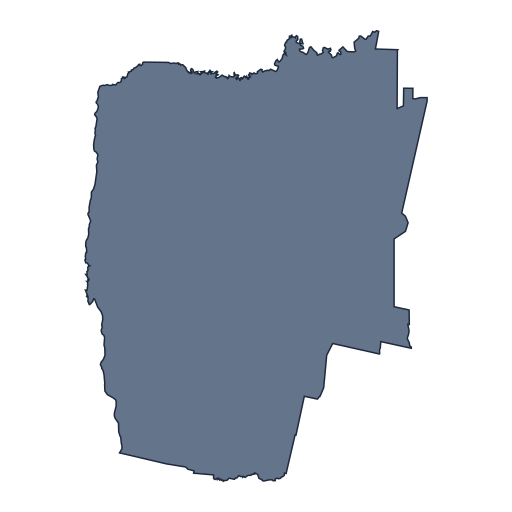 outline of Calamuchita, Córdoba, Argentina
{"feature_id": "61730980B46916447207534", "entity_name": "Calamuchita", "entity_type": "district", "adm_level": 2, "iso_a3": "ARG", "parent_name": "Argentina", "parent_adm1": "Córdoba", "projection": "orthographic", "projection_center": [-64.638, -32.22], "detail": "fine", "context": "isolated", "style": "filled", "palette": "slate", "viewbox_px": 512, "rotation_deg": 0, "n_neighbors": 0, "source": "geoboundaries", "source_scale": "gbopen_adm2", "svg_char_len": 5759}
<svg xmlns="http://www.w3.org/2000/svg" viewBox="0 0 512 512"><path d="M119.5,452.9L166.5,463.9L185.7,467.0L187.9,469.2L194.1,470.9L193.6,473.2L213.5,474.9L213.6,478.5L214.9,479.5L216.7,478.4L217.2,479.7L217.7,479.6L218.8,478.1L219.6,480.0L221.1,479.3L221.4,480.4L222.9,480.1L223.3,481.3L224.7,480.5L227.0,480.3L229.1,478.2L234.5,479.3L235.6,478.0L236.8,478.0L238.8,475.6L240.8,476.6L242.2,476.4L242.8,477.4L243.7,476.4L245.2,477.4L247.9,475.4L250.4,475.3L251.5,475.0L252.2,474.2L253.9,474.3L254.1,473.6L254.8,473.8L254.9,473.0L257.6,474.4L259.0,478.4L262.0,479.7L262.3,480.6L263.8,481.0L269.5,479.8L272.1,479.9L273.3,480.8L275.3,480.6L275.0,479.8L275.5,478.8L277.5,478.1L278.3,478.8L280.5,478.3L281.5,477.0L282.3,476.9L284.2,475.5L284.5,473.1L286.1,473.5L295.1,434.9L296.0,435.1L304.3,396.3L317.4,399.1L319.6,396.4L319.9,396.5L322.3,391.1L323.7,387.7L326.7,355.2L332.7,343.5L379.4,354.0L379.7,353.3L379.5,349.8L380.3,348.0L380.8,341.6L411.3,348.3L411.3,347.0L409.7,345.8L409.3,342.8L407.4,339.0L407.5,337.2L408.5,334.6L409.1,330.9L407.8,324.3L409.3,324.5L409.1,310.0L394.1,306.7L394.1,238.9L405.5,231.3L408.1,222.7L405.4,216.2L401.7,213.1L427.1,101.1L427.1,97.6L420.4,97.6L414.9,99.0L412.8,98.5L412.9,88.3L403.7,88.2L403.4,105.9L397.1,108.6L397.4,50.3L397.8,49.7L375.4,49.0L378.7,31.4L376.5,30.7L374.6,32.2L372.7,31.5L370.4,35.9L368.2,36.1L365.9,39.4L365.1,39.3L360.7,36.0L359.3,36.1L358.7,38.3L354.1,42.2L354.7,48.4L355.7,51.0L355.3,51.5L353.0,51.9L347.2,51.5L342.9,46.9L339.0,50.3L339.1,50.9L340.8,51.8L340.8,54.3L339.8,54.5L338.0,52.7L337.2,53.3L336.6,55.7L333.1,57.7L332.0,57.4L331.4,55.0L328.4,52.1L329.4,51.1L330.3,51.1L330.2,50.4L330.9,49.9L330.5,48.3L327.9,49.1L324.3,47.4L323.3,47.8L322.5,50.6L323.3,52.1L321.5,53.8L319.7,54.1L318.0,55.2L317.0,54.8L317.1,53.5L316.7,52.7L314.0,50.5L310.9,46.8L309.5,47.5L308.0,52.2L306.6,54.4L305.7,54.3L303.2,52.4L301.0,51.8L299.7,50.7L299.4,49.2L302.7,48.9L303.6,48.2L302.9,46.3L300.3,45.2L300.3,44.6L300.9,43.8L303.0,43.8L301.6,39.1L300.7,39.0L300.2,39.5L299.6,43.3L297.8,43.3L296.1,41.9L296.4,40.7L297.3,40.2L297.9,39.2L297.6,36.4L296.4,35.7L295.2,37.2L295.3,37.7L294.7,37.2L292.5,36.8L291.2,37.5L291.4,36.5L292.0,36.0L291.8,35.2L290.2,36.3L289.5,36.2L289.2,39.0L287.1,40.2L286.4,42.2L285.7,42.4L284.8,44.5L284.6,45.5L285.7,47.5L285.1,49.6L284.0,51.2L285.1,52.1L284.4,52.1L284.5,53.1L285.8,53.8L286.2,54.9L284.3,53.4L283.0,55.0L282.0,58.7L279.6,61.7L278.7,61.9L277.2,59.5L275.7,61.1L274.5,64.0L275.0,65.3L277.9,66.1L278.5,66.8L277.0,70.6L275.6,71.5L270.6,69.2L269.0,70.5L267.3,70.3L264.3,71.1L262.7,72.0L261.9,70.9L262.2,69.8L260.8,69.2L257.4,71.7L257.5,73.0L256.9,73.5L255.1,73.7L254.0,72.9L251.7,74.4L251.1,73.3L249.6,73.0L249.3,74.2L248.5,75.0L249.1,76.1L250.0,76.1L250.5,76.8L249.6,77.2L248.3,79.2L247.5,78.8L247.8,77.5L247.0,77.3L246.6,76.3L245.8,77.5L244.6,76.1L244.1,76.2L242.4,79.0L241.8,78.8L241.6,77.6L240.8,77.9L240.1,80.4L239.7,80.3L239.4,78.5L238.5,78.0L236.6,79.4L235.9,78.1L237.4,77.1L238.6,75.5L237.9,74.8L235.4,75.2L234.3,72.6L233.9,73.0L234.2,75.2L233.8,76.9L230.5,76.7L229.1,75.5L229.0,76.6L228.1,77.1L228.3,78.1L227.6,78.6L225.8,76.6L224.7,76.7L222.1,75.1L219.1,77.4L216.5,78.1L216.4,77.2L215.5,77.3L215.8,76.2L216.6,74.9L217.5,75.2L218.1,74.8L216.0,73.8L217.6,72.2L217.6,71.6L216.6,71.2L213.8,73.4L211.7,73.3L211.3,73.9L210.1,72.7L211.7,71.8L210.3,71.8L210.7,71.1L210.0,70.3L208.0,72.9L208.2,74.2L207.7,74.2L206.9,73.1L205.2,73.0L204.5,72.3L204.6,71.0L203.5,71.4L203.8,71.9L203.6,72.3L202.5,72.4L201.9,71.6L200.8,71.7L202.1,72.9L201.6,73.5L201.0,72.9L200.4,74.6L199.7,74.7L199.4,73.8L197.1,73.7L197.9,73.2L197.9,71.5L195.7,71.9L194.3,73.0L192.7,69.4L191.6,68.6L190.7,69.4L190.7,70.7L191.8,72.1L192.0,73.0L190.9,73.5L190.3,72.4L188.8,72.9L188.5,71.8L187.8,71.8L186.2,69.3L185.9,67.8L182.7,64.7L180.6,65.0L180.2,64.1L178.8,64.2L179.1,63.5L178.0,62.8L176.1,63.5L174.2,63.0L170.5,63.5L168.6,62.4L143.6,62.1L142.7,62.8L142.5,64.5L141.0,65.6L139.9,65.4L139.9,64.3L138.8,64.4L137.8,65.8L135.6,67.6L134.0,68.1L133.0,69.7L131.4,70.0L131.3,71.2L128.5,72.1L129.0,72.7L127.8,73.8L127.0,76.9L125.8,77.2L124.5,78.6L123.7,78.1L123.9,77.1L122.6,77.0L122.7,77.6L121.3,78.9L121.5,79.9L120.7,82.0L120.0,82.4L117.7,82.6L115.6,85.0L112.6,84.4L112.4,84.9L110.4,85.6L107.0,84.7L104.6,85.5L103.1,85.2L99.9,86.3L97.8,92.4L98.4,97.1L97.4,99.2L97.4,100.5L96.3,101.5L96.2,102.8L97.7,104.4L98.4,107.1L96.9,111.4L95.0,113.3L94.6,114.8L96.2,116.6L97.1,118.6L95.9,126.5L95.0,128.5L95.4,130.4L94.9,133.0L95.5,135.1L94.3,139.7L93.6,144.6L93.8,148.7L94.4,151.0L96.1,152.1L97.9,154.7L97.1,159.0L97.9,162.0L96.4,165.2L96.8,171.7L95.0,184.3L93.6,188.9L91.4,192.2L91.3,197.8L90.3,200.4L89.1,207.3L89.1,212.1L88.3,212.7L87.9,214.3L90.7,220.9L89.3,224.6L89.3,226.6L88.5,228.6L88.7,234.4L87.8,238.0L86.3,240.4L85.7,243.2L85.7,246.7L86.4,247.3L86.7,252.4L86.1,252.4L85.6,253.8L85.3,256.5L85.7,259.2L84.9,259.9L85.7,262.8L87.2,263.0L88.3,264.3L88.3,264.9L89.9,265.8L88.5,266.3L87.8,267.3L87.9,270.7L86.9,271.5L87.1,274.7L85.8,274.5L87.3,276.6L87.6,277.9L88.8,278.7L89.0,279.9L87.9,279.8L88.0,281.4L87.0,281.4L87.5,281.8L87.7,285.3L87.1,290.3L85.4,290.1L87.4,295.2L87.1,295.0L86.6,296.6L87.7,297.2L88.1,298.2L87.9,301.5L88.6,302.4L88.9,303.9L89.4,304.6L90.2,304.2L92.7,301.4L93.7,298.8L94.6,299.0L97.7,307.1L101.1,311.7L102.6,315.7L102.7,319.9L101.7,324.9L102.2,327.5L101.3,329.9L101.3,331.5L102.2,334.0L103.8,335.2L104.6,337.6L104.0,345.1L104.8,348.0L105.0,355.3L103.3,359.5L101.1,362.2L100.4,364.7L101.5,366.8L101.8,368.6L103.0,370.3L104.0,374.5L104.8,383.5L104.6,384.6L104.9,391.1L107.3,394.6L113.4,398.0L115.6,399.8L116.1,401.1L116.1,406.2L114.4,413.0L114.3,415.8L115.1,418.2L118.5,423.2L118.7,431.8L120.0,436.0L120.7,437.2L121.3,443.3L122.0,445.8L121.9,448.9L119.5,452.9Z" fill="#64748b" stroke="#1e293b" stroke-width="1.5"/></svg>